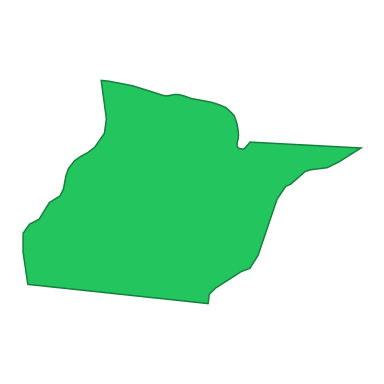 the border of Neno
{"feature_id": "MWI-5510", "entity_name": "Neno", "entity_type": "District", "adm_level": 1, "iso_a3": "MWI", "parent_name": "Malawi", "parent_adm1": "", "projection": "mercator", "projection_center": [34.708, -15.405], "detail": "fine", "context": "isolated", "style": "filled", "palette": "green", "viewbox_px": 384, "rotation_deg": 0, "n_neighbors": 0, "source": "natural_earth", "source_scale": "10m", "svg_char_len": 803}
<svg xmlns="http://www.w3.org/2000/svg" viewBox="0 0 384 384"><path d="M27.8,284.4L23.0,251.5L23.1,233.2L29.6,224.1L39.1,219.2L49.4,202.5L59.9,196.0L63.4,189.2L66.0,175.5L68.4,168.7L74.4,160.8L80.9,156.3L87.7,152.6L94.7,147.3L104.4,133.2L106.4,119.0L101.2,80.4L108.4,81.1L133.1,85.9L164.2,95.7L166.7,95.9L175.4,94.4L179.3,94.7L183.5,95.7L190.9,98.4L211.6,102.3L219.4,104.8L225.7,107.5L230.1,111.4L234.3,115.8L236.9,123.5L238.0,129.5L238.5,134.9L238.3,138.0L237.0,143.7L237.2,146.2L238.3,148.2L241.7,149.0L244.2,148.9L250.1,142.1L361.0,148.0L338.1,162.4L336.5,163.1L327.1,167.7L310.6,169.8L305.3,171.4L290.7,184.2L285.8,186.3L277.1,199.1L258.0,255.5L249.9,268.3L241.0,271.7L215.4,288.2L209.3,294.3L208.1,303.6L151.7,297.6L89.9,291.0L27.8,284.4Z" fill="#22c55e" stroke="#15803d" stroke-width="1.5"/></svg>